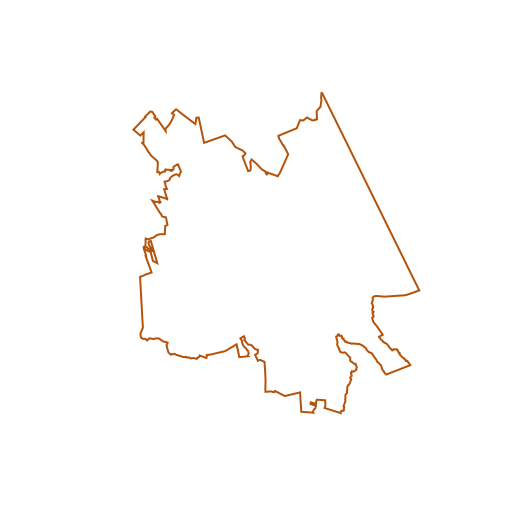 San Juan del Río, Querétaro, Mexico, rotated 329°
{"feature_id": "50627088B99493350429125", "entity_name": "San Juan del Río", "entity_type": "district", "adm_level": 2, "iso_a3": "MEX", "parent_name": "Mexico", "parent_adm1": "Querétaro", "projection": "equal_earth", "projection_center": [-100.015, 20.377], "detail": "fine", "context": "isolated", "style": "outline", "palette": "amber", "viewbox_px": 512, "rotation_deg": 329, "n_neighbors": 0, "source": "geoboundaries", "source_scale": "gbopen_adm2", "svg_char_len": 6144}
<svg xmlns="http://www.w3.org/2000/svg" viewBox="0 0 512 512"><g transform="rotate(329 256 256)"><path d="M328.9,408.8L328.7,408.4L327.7,408.3L326.1,406.8L325.4,406.8L324.6,407.3L324.0,406.8L324.0,405.7L323.3,403.8L323.3,402.1L322.9,398.9L321.9,396.9L321.4,396.5L321.4,396.0L320.7,395.0L320.8,393.8L320.2,392.6L319.7,389.0L319.8,388.6L324.1,388.8L323.4,378.1L322.6,373.4L323.3,370.3L323.3,369.7L323.7,369.4L323.7,368.8L325.5,368.6L326.1,367.4L326.0,366.6L326.3,365.9L326.4,364.9L327.8,364.7L328.1,364.3L327.5,363.4L327.8,361.9L329.3,360.8L329.7,360.7L329.8,359.8L330.4,359.7L330.9,357.6L330.8,356.3L333.5,353.8L333.9,353.3L334.2,352.2L334.5,351.8L335.9,351.4L337.4,351.7L337.9,352.1L338.7,352.3L345.1,357.0L363.9,366.6L364.5,366.5L365.7,367.1L378.2,369.6L396.6,150.5L396.1,150.0L393.1,154.2L392.4,156.1L388.0,161.4L383.0,162.8L382.2,163.8L378.7,170.2L377.3,170.0L377.2,169.7L376.7,169.4L376.0,169.6L374.5,169.2L372.4,166.0L371.2,163.6L367.2,164.0L366.3,164.2L363.7,162.2L356.7,167.5L337.1,164.5L336.9,164.8L336.3,167.3L336.2,174.5L336.5,174.8L336.6,176.3L336.4,176.3L336.5,177.6L336.0,185.4L318.8,197.4L317.1,198.0L315.8,198.9L309.1,190.7L308.8,191.3L307.2,191.6L307.1,190.1L308.6,190.1L308.0,189.3L305.6,184.8L304.0,177.4L301.9,171.0L299.3,172.6L298.9,174.1L296.8,178.0L295.0,179.8L293.9,179.6L293.0,179.1L295.7,163.9L295.9,163.6L297.6,163.7L299.8,162.6L299.0,159.0L294.3,151.7L294.2,145.5L291.6,136.7L269.8,132.3L278.2,107.9L276.2,106.7L272.0,111.7L265.7,96.1L263.4,89.7L262.9,89.1L257.5,90.3L258.5,92.9L253.1,96.7L249.4,98.6L245.7,99.9L244.0,100.1L242.9,102.3L241.9,87.4L240.5,87.6L240.2,84.9L241.2,84.8L241.7,84.5L241.3,78.9L239.9,77.9L239.8,77.7L232.8,79.4L232.9,80.0L216.0,84.6L218.9,93.2L223.4,92.1L217.6,101.4L216.3,99.7L217.0,101.8L217.3,103.8L217.4,109.4L217.3,110.4L217.6,112.4L217.8,116.0L219.9,122.4L220.2,125.1L214.6,133.3L215.2,133.6L216.0,133.8L215.8,136.0L216.1,135.8L219.4,135.8L221.5,136.7L222.6,135.2L223.1,135.2L223.9,136.1L226.0,137.3L226.6,138.4L226.6,138.9L226.8,139.1L227.0,139.0L227.1,138.7L227.4,138.7L227.4,139.0L227.8,139.6L228.0,139.6L228.1,138.8L229.1,139.3L230.0,139.2L230.8,137.5L232.4,136.9L235.8,137.2L236.4,136.4L235.2,145.0L233.1,146.3L231.3,147.9L230.6,145.9L229.9,145.0L228.6,144.6L225.5,144.3L222.5,145.0L221.1,146.2L218.6,146.2L215.9,145.2L215.5,147.1L214.7,148.9L214.2,152.7L211.7,151.4L209.5,160.2L209.5,161.1L209.1,161.6L208.0,159.9L202.8,154.2L202.7,154.3L202.6,156.6L201.8,159.2L201.8,160.7L200.6,160.8L199.9,159.1L197.8,157.9L195.7,155.2L195.9,169.7L196.3,170.8L195.9,173.1L196.2,174.1L198.7,176.5L196.1,183.8L193.7,183.5L189.0,190.4L187.9,189.8L186.0,188.4L183.3,187.3L180.7,187.0L178.6,187.5L172.0,186.1L170.5,184.2L170.0,184.6L168.4,187.5L166.8,189.8L166.2,190.3L164.4,190.4L163.9,191.7L165.8,191.8L166.2,192.1L166.8,192.1L167.0,192.5L167.3,194.2L168.5,195.8L168.7,198.2L169.4,198.3L170.0,194.6L169.8,193.3L170.1,190.8L171.1,188.7L171.6,188.5L173.6,188.9L167.7,211.3L165.1,207.1L167.7,198.3L163.5,192.5L162.0,199.1L161.4,199.0L158.0,216.4L151.8,215.0L148.7,214.8L145.9,214.1L122.1,259.2L116.7,263.3L115.4,266.9L116.0,268.1L116.9,269.2L118.5,270.0L119.2,272.3L119.3,272.4L119.9,271.8L121.3,272.0L122.4,271.7L125.4,274.5L127.5,274.9L130.3,276.7L132.8,282.0L134.4,283.1L135.6,284.8L133.3,286.4L131.3,293.4L132.0,296.5L132.6,296.8L133.2,296.6L133.6,297.1L134.7,297.7L135.6,297.7L137.1,300.2L137.8,300.7L138.9,302.2L139.8,302.7L141.0,304.6L142.4,305.7L143.6,306.2L143.6,306.6L144.2,307.1L144.3,306.9L144.8,307.6L146.5,308.6L147.3,310.0L148.0,310.6L148.6,310.6L150.4,311.6L150.9,312.4L152.4,313.7L153.5,313.0L154.2,313.3L155.4,313.2L156.5,312.3L160.9,317.9L162.1,316.8L162.7,315.5L166.4,317.1L180.4,321.6L183.4,321.7L193.9,321.7L189.6,334.1L197.4,337.8L197.3,337.6L197.9,336.8L199.1,336.3L199.9,334.9L200.2,332.4L199.8,331.9L200.0,330.9L199.8,329.8L199.3,328.6L199.0,325.6L199.4,323.2L199.7,323.0L200.3,321.6L200.2,318.6L204.3,318.5L204.2,320.0L204.3,320.3L203.6,321.3L202.8,321.7L203.6,327.8L205.5,329.3L206.6,330.9L206.7,333.1L207.4,335.4L209.3,337.6L207.3,340.3L204.3,340.3L203.7,346.9L205.3,346.9L206.5,347.8L208.8,351.1L202.2,363.8L199.5,368.6L195.5,374.8L194.2,377.3L199.5,380.0L200.3,381.2L201.9,382.1L202.8,381.5L208.6,390.9L223.5,395.6L214.6,412.9L224.3,419.7L224.2,419.1L226.6,417.4L228.3,417.1L230.3,415.2L226.5,411.0L227.7,409.7L231.2,413.6L232.0,412.9L232.3,412.1L234.1,410.5L241.0,415.3L238.5,419.9L236.5,421.6L247.7,434.3L248.1,433.3L249.6,432.7L250.5,433.5L251.8,433.6L252.8,431.8L253.8,431.1L253.6,429.9L258.0,426.4L258.6,424.8L259.0,424.6L259.7,423.6L260.3,422.3L261.6,420.8L263.1,420.5L263.4,420.0L263.9,419.8L264.3,418.7L265.1,417.9L266.5,415.7L267.4,414.7L268.6,414.1L269.5,414.2L274.2,410.7L273.9,409.7L274.0,408.9L275.6,408.1L276.1,408.2L276.3,408.0L276.9,406.8L276.8,405.8L277.3,405.5L277.4,404.8L277.9,404.6L278.7,404.1L278.9,404.1L279.4,405.0L279.8,405.3L283.0,405.3L283.5,405.1L283.6,404.6L284.2,403.9L285.0,403.5L285.7,400.4L285.3,400.6L284.9,399.2L283.7,396.9L283.7,396.0L283.0,395.3L282.8,394.4L282.9,394.0L283.3,393.2L284.2,392.2L284.4,391.7L283.4,387.9L283.2,385.8L282.3,384.2L281.2,384.0L279.4,382.4L278.9,382.0L278.9,381.6L279.2,378.6L279.6,377.9L279.6,377.4L279.5,376.2L280.0,373.5L281.4,372.0L282.2,369.9L283.0,366.6L283.4,366.3L284.7,366.6L285.8,365.5L286.2,365.6L286.8,366.1L286.6,367.1L286.9,367.8L288.2,368.5L288.1,369.6L287.6,370.3L287.5,370.7L287.5,371.2L288.5,371.8L288.1,372.7L288.2,374.0L288.5,374.7L288.3,375.3L288.4,375.6L289.2,375.7L289.4,376.1L289.5,376.9L290.0,377.6L292.0,379.4L292.7,380.4L294.8,381.3L295.8,382.3L296.4,382.5L296.8,383.0L297.3,383.2L297.7,383.9L298.9,384.2L300.9,387.1L302.4,390.6L302.7,392.1L302.5,393.3L303.1,396.3L303.6,396.9L303.7,397.3L304.5,397.8L304.6,398.4L305.2,399.0L305.3,403.4L305.7,406.7L305.4,409.2L306.1,410.4L306.3,412.6L306.7,413.3L306.8,414.5L306.4,416.2L306.0,416.9L306.2,417.4L306.0,417.8L305.8,419.9L306.2,420.8L306.0,422.7L306.6,424.7L332.0,429.0L332.0,426.9L331.6,425.5L331.8,424.4L331.3,423.2L330.6,423.4L330.4,423.3L330.4,420.4L330.3,420.0L329.8,419.8L328.4,414.4L329.2,413.4L329.1,412.9L328.5,412.5L328.5,412.1L328.8,411.0L328.7,410.0L328.9,408.8Z" fill="none" stroke="#b45309" stroke-width="2"/></g></svg>